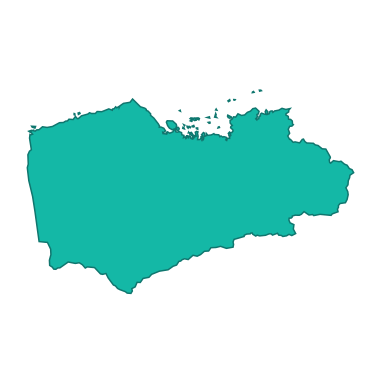 Pohuwato, Gorontalo, Indonesia, rotated 176°
{"feature_id": "22746128B36723886609479", "entity_name": "Pohuwato", "entity_type": "district", "adm_level": 2, "iso_a3": "IDN", "parent_name": "Indonesia", "parent_adm1": "Gorontalo", "projection": "mercator", "projection_center": [121.655, 0.703], "detail": "fine", "context": "isolated", "style": "filled", "palette": "teal", "viewbox_px": 384, "rotation_deg": 176, "n_neighbors": 0, "source": "geoboundaries", "source_scale": "gbopen_adm2", "svg_char_len": 6113}
<svg xmlns="http://www.w3.org/2000/svg" viewBox="0 0 384 384"><g transform="rotate(176 192 192)"><path d="M335.3,124.7L333.2,124.4L331.3,125.6L329.0,125.6L320.4,130.8L313.4,128.9L309.4,129.3L306.4,127.1L303.8,123.6L301.6,124.6L294.5,123.4L289.0,116.7L286.9,116.1L283.5,116.7L281.6,112.1L276.9,104.7L274.9,103.7L273.0,101.0L270.9,99.7L265.4,97.2L263.8,95.7L260.0,95.1L258.4,97.4L258.8,99.8L255.3,101.3L253.1,105.7L249.9,105.4L246.8,109.2L240.9,109.9L238.0,112.7L230.0,115.3L221.2,116.1L215.9,119.3L212.5,120.2L209.9,123.7L208.1,123.9L206.5,125.2L204.1,125.9L200.5,124.9L195.4,128.8L191.3,127.6L187.8,129.0L183.8,132.0L179.5,132.0L177.0,135.1L172.0,135.0L167.3,135.8L161.6,133.4L154.9,134.1L154.2,136.7L154.5,139.3L153.4,141.8L143.1,144.0L143.0,145.1L140.5,146.2L136.8,146.2L136.2,146.9L134.8,146.9L134.3,145.6L131.5,143.6L130.0,144.4L127.6,143.5L121.6,143.7L118.0,144.9L115.9,144.7L114.7,143.4L109.6,144.9L108.5,142.9L106.0,142.5L104.5,141.3L100.7,141.7L98.2,143.0L95.5,141.6L91.5,143.3L93.5,147.9L92.6,152.3L96.3,154.4L97.3,157.2L96.9,159.1L94.9,159.1L93.9,159.8L93.6,161.0L90.7,161.7L86.6,161.3L84.5,162.1L81.6,164.6L76.9,160.9L73.3,161.1L72.2,160.0L65.8,160.8L54.9,159.0L53.6,160.4L47.7,162.1L48.1,164.9L47.0,166.4L46.9,168.3L45.1,170.2L39.7,170.6L37.8,173.7L36.4,178.4L36.6,181.5L38.2,185.5L35.9,188.3L35.3,192.4L33.8,195.2L33.3,197.7L29.4,200.0L30.8,203.1L33.4,204.4L35.4,207.9L37.9,209.1L41.2,212.3L43.2,212.0L48.7,213.4L51.7,211.1L52.6,211.8L52.9,214.5L51.6,216.5L51.7,217.5L55.5,225.5L59.1,226.0L63.0,229.6L65.8,230.4L67.5,232.1L74.1,232.9L75.9,234.5L77.1,237.0L78.3,236.8L81.2,233.5L85.7,234.8L87.6,234.5L90.2,237.7L91.0,237.7L92.6,241.2L90.5,243.8L91.6,247.9L90.0,250.7L87.7,250.8L86.2,252.1L87.0,252.9L87.0,255.8L88.5,257.5L90.6,257.9L90.7,260.7L93.0,262.3L92.7,263.6L90.0,265.1L89.8,266.8L88.3,268.4L92.6,267.8L96.4,269.2L99.7,267.6L104.0,267.1L105.8,265.8L106.4,267.3L107.9,267.2L108.7,266.8L109.5,264.7L112.5,263.8L111.3,264.5L110.7,266.7L112.3,268.8L113.4,267.1L112.8,264.5L113.6,264.3L117.1,265.8L118.4,264.8L118.5,263.1L119.8,262.9L120.3,260.4L121.9,260.2L122.3,259.4L123.3,260.6L121.6,262.2L121.8,264.8L120.5,265.2L119.5,267.8L122.7,271.3L125.5,270.9L128.0,268.6L131.2,267.6L134.1,265.2L137.3,264.9L140.7,266.8L143.2,263.7L145.3,264.1L147.2,261.6L149.0,260.9L149.1,258.1L147.2,255.5L148.6,254.7L149.0,253.4L147.0,251.3L146.8,250.0L148.1,248.5L149.8,248.7L149.4,245.6L150.6,244.9L150.7,242.9L152.9,243.2L153.8,241.0L154.7,241.7L153.7,243.2L154.1,244.2L156.4,245.0L157.4,244.6L159.2,245.9L160.3,245.2L161.3,247.2L165.5,247.8L166.1,248.7L168.7,247.6L172.2,247.4L173.5,249.2L173.6,247.3L175.4,246.6L175.3,249.7L176.5,250.5L178.5,248.4L177.2,247.3L176.6,244.4L177.1,243.4L178.1,244.2L178.6,241.9L178.1,246.8L179.2,246.5L179.3,245.0L180.6,243.8L182.8,243.9L182.0,247.1L182.4,250.3L181.8,251.5L183.1,252.2L184.6,251.4L183.9,247.6L186.8,248.6L188.4,251.5L190.2,251.2L190.1,249.7L189.5,250.3L189.2,250.2L189.1,248.9L185.4,246.7L186.4,245.9L187.7,247.0L188.1,246.2L187.1,245.0L187.8,244.7L189.8,245.8L189.8,247.4L191.2,247.9L191.8,246.7L192.5,248.5L193.4,248.5L193.5,246.3L194.4,245.7L195.0,247.5L196.7,246.8L196.1,249.0L198.1,249.8L198.3,252.0L200.6,253.1L202.6,252.7L204.1,253.3L204.0,255.1L205.8,255.0L206.9,253.3L210.1,252.2L212.0,253.6L212.5,252.8L212.9,253.5L213.6,253.2L213.4,251.6L216.9,252.3L217.0,253.6L216.3,253.2L214.2,254.9L215.7,257.6L218.5,259.0L220.1,258.9L219.8,260.1L220.9,262.4L224.9,268.4L228.0,271.4L227.8,272.8L230.1,275.7L231.8,276.5L231.8,277.6L233.2,278.9L237.5,280.6L244.8,288.9L247.6,285.8L254.2,285.2L257.9,283.0L258.8,281.3L258.9,282.4L261.2,281.2L262.2,282.3L263.9,280.5L265.5,280.3L265.8,279.1L269.2,280.7L276.4,278.4L281.0,278.9L282.9,277.1L286.7,277.3L288.7,278.2L290.5,277.0L296.9,275.7L300.2,273.2L301.3,273.2L303.0,275.5L305.5,272.6L309.7,273.2L311.2,271.6L313.2,271.5L315.4,270.3L319.3,270.4L326.6,267.1L332.0,266.5L336.6,267.5L340.3,264.8L342.6,264.8L344.1,263.7L345.9,264.2L345.8,264.7L347.5,264.4L348.8,263.3L347.0,260.8L348.9,260.2L349.6,260.7L350.3,257.1L349.3,245.4L351.3,244.0L353.1,240.6L353.4,231.2L354.6,227.8L354.0,214.7L351.3,198.6L350.0,183.4L348.0,153.2L339.7,151.8L337.0,144.9L337.1,139.4L339.0,133.9L339.1,128.7L336.6,126.8L335.3,124.7ZM207.4,255.5L203.8,256.5L202.7,259.1L203.0,260.7L206.3,264.2L211.8,264.8L212.7,263.5L211.7,259.9L210.1,257.3L207.4,255.5ZM184.5,263.1L182.9,263.3L183.6,265.2L180.1,263.5L179.5,264.8L180.6,265.5L185.8,265.5L185.9,264.2L184.5,263.1ZM149.3,263.0L147.7,263.2L147.5,264.1L150.9,266.2L151.3,265.2L150.7,263.7L149.3,263.0ZM201.6,254.4L200.7,254.9L200.4,256.4L201.5,257.6L203.4,256.4L203.0,255.0L201.6,254.4ZM346.9,267.8L344.2,266.7L343.5,268.3L347.4,268.8L346.9,267.8ZM164.2,265.1L162.2,264.6L163.3,266.0L162.5,267.3L162.9,268.6L164.2,265.1ZM298.6,279.1L300.1,278.7L299.9,277.3L298.2,278.1L298.6,279.1ZM171.7,265.3L169.2,264.5L169.4,265.8L171.7,265.3ZM188.8,265.3L187.0,264.3L186.8,265.8L188.0,266.0L188.8,265.3ZM148.0,281.5L149.8,280.4L149.3,279.6L147.7,280.4L148.0,281.5ZM151.3,246.9L149.9,248.0L150.5,249.1L151.7,247.9L151.3,246.9ZM186.4,256.7L185.2,257.0L185.6,258.3L187.2,257.7L186.4,256.7ZM191.4,255.9L190.6,256.9L192.3,258.0L192.4,257.3L191.4,255.9ZM196.5,257.2L196.8,256.1L195.2,255.5L195.6,256.7L196.5,257.2ZM170.1,259.3L169.1,259.6L169.3,260.5L171.0,260.3L170.1,259.3ZM117.7,288.9L117.5,287.9L115.7,288.2L116.2,288.8L117.7,288.9ZM123.6,288.0L124.7,287.5L124.9,286.9L123.1,287.1L123.6,288.0ZM350.6,264.0L349.4,263.0L348.7,264.5L350.6,264.0ZM181.9,254.2L181.9,255.5L183.2,255.6L183.2,254.9L181.9,254.2ZM189.3,256.2L188.8,256.8L190.1,257.6L190.2,256.9L189.3,256.2ZM160.4,255.2L161.2,255.0L161.6,254.1L160.1,254.4L160.4,255.2ZM303.4,276.9L303.5,278.3L304.1,278.5L304.2,277.3L303.4,276.9ZM162.1,273.1L162.7,272.2L161.5,271.9L162.1,273.1ZM188.8,263.1L187.3,262.4L187.0,262.8L188.0,263.6L188.8,263.1ZM142.9,280.6L142.5,281.1L143.9,281.3L143.9,280.9L142.9,280.6ZM195.5,259.7L195.0,258.5L194.5,259.1L195.5,259.7ZM151.8,245.9L150.8,245.2L150.3,245.6L151.8,245.9ZM198.1,274.4L198.9,274.0L197.9,273.4L198.1,274.4ZM191.6,251.2L190.8,251.1L191.2,252.0L191.6,251.2Z" fill="#14b8a6" stroke="#0f766e" stroke-width="1.5"/></g></svg>